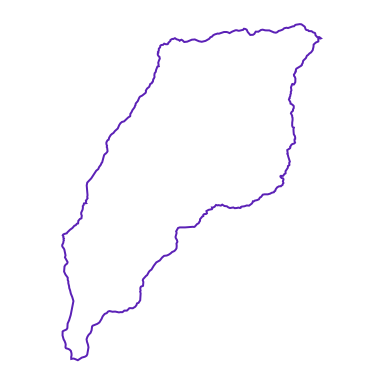 the district of San Pablo, Cajamarca, Peru, rotated 177°
{"feature_id": "86281439B29133878873300", "entity_name": "San Pablo", "entity_type": "district", "adm_level": 2, "iso_a3": "PER", "parent_name": "Peru", "parent_adm1": "Cajamarca", "projection": "mercator", "projection_center": [-78.748, -7.04], "detail": "fine", "context": "isolated", "style": "outline", "palette": "violet", "viewbox_px": 384, "rotation_deg": 177, "n_neighbors": 0, "source": "geoboundaries", "source_scale": "gbopen_adm2", "svg_char_len": 5971}
<svg xmlns="http://www.w3.org/2000/svg" viewBox="0 0 384 384"><g transform="rotate(177 192 192)"><path d="M326.5,43.7L326.2,42.8L325.7,42.4L324.3,42.0L322.6,41.1L321.3,39.7L320.8,37.3L320.8,35.3L321.3,33.5L321.3,31.6L319.5,31.9L318.4,31.7L314.8,30.0L310.7,32.4L307.6,33.1L305.9,34.0L305.1,35.3L303.5,42.3L303.9,45.1L304.7,47.9L305.0,50.5L304.0,52.9L302.7,54.8L300.7,56.6L299.5,59.2L298.8,63.0L298.1,63.7L293.4,65.3L291.3,66.6L289.0,69.9L287.7,72.5L286.2,74.2L285.4,74.9L283.5,75.5L282.2,76.9L281.5,77.2L280.4,77.4L277.7,76.6L274.9,76.6L271.3,75.6L269.3,75.8L268.1,75.6L267.2,76.0L265.8,77.1L263.2,77.0L261.7,78.2L260.9,79.1L260.2,79.3L257.2,79.0L254.7,80.4L253.4,81.9L252.8,83.6L251.2,84.1L249.4,86.6L248.6,93.5L249.0,95.3L248.5,96.1L248.7,97.8L248.5,99.2L248.0,100.1L245.8,100.9L245.3,104.7L245.8,106.5L245.3,107.6L242.3,110.6L241.2,111.3L239.3,114.4L238.3,115.5L236.5,116.7L234.0,120.4L231.3,123.6L227.7,125.4L225.2,128.2L223.2,129.7L220.5,129.9L218.6,130.6L216.6,131.8L215.0,133.1L213.1,133.8L212.2,134.4L210.9,135.8L210.4,136.7L210.1,139.0L210.2,141.4L209.2,143.0L209.5,144.7L210.7,147.1L210.8,148.0L209.6,151.6L209.6,152.7L209.9,153.5L207.8,156.8L206.0,157.3L201.2,157.0L193.1,157.2L191.7,157.0L191.1,157.2L188.6,159.7L187.1,160.4L186.4,161.3L186.2,162.0L185.5,162.7L185.4,164.4L183.0,167.0L182.0,167.3L181.9,168.6L181.0,169.3L179.2,169.3L178.2,169.9L178.6,172.2L176.4,173.3L173.0,173.8L172.6,174.5L172.8,175.4L172.4,175.3L170.3,176.0L168.7,177.8L167.1,177.3L166.2,177.5L163.9,176.9L162.5,177.8L160.3,176.3L157.9,175.9L156.5,174.7L154.9,174.0L151.6,174.4L150.1,173.6L147.8,173.7L146.7,174.0L144.8,173.5L144.2,173.7L144.0,174.4L143.2,174.8L140.4,175.0L138.0,175.7L135.7,175.4L132.9,177.3L132.0,178.5L131.7,179.5L130.8,179.4L129.8,180.1L127.4,180.5L125.6,181.2L124.5,182.9L123.2,183.5L121.5,185.6L119.7,185.9L116.4,185.7L113.9,186.3L112.6,187.0L110.2,187.5L109.9,188.2L108.8,188.8L108.3,190.3L106.7,192.2L104.9,193.1L102.9,193.1L102.7,193.5L101.3,194.2L100.8,195.5L100.2,196.2L100.7,198.0L100.0,199.5L100.0,200.1L100.3,200.8L101.8,201.3L102.8,202.5L102.9,203.1L102.4,203.5L101.0,203.3L100.0,203.5L98.9,205.0L97.6,205.7L97.5,207.9L95.1,211.1L94.8,212.9L93.5,213.6L93.3,213.9L93.4,216.0L92.7,217.2L94.1,222.6L94.2,223.7L94.8,225.1L94.4,225.4L94.7,228.9L91.9,230.5L91.5,231.1L91.7,231.9L90.2,234.0L89.3,234.6L87.4,235.1L86.5,235.9L86.9,237.2L86.9,238.8L86.8,239.3L86.2,239.6L86.1,241.1L86.4,242.6L87.3,244.3L87.4,247.2L87.4,249.5L86.9,250.9L87.4,251.0L88.1,251.7L88.5,252.9L88.3,256.1L87.8,258.6L87.7,260.9L88.0,261.6L88.0,263.0L89.1,265.4L88.5,266.5L86.9,267.9L86.8,269.2L86.0,270.5L85.9,272.3L86.1,272.9L87.6,274.3L89.0,275.1L89.0,276.4L90.4,279.3L90.3,279.7L89.5,280.6L89.7,281.1L88.8,282.8L88.7,284.1L88.1,285.1L88.1,286.9L87.4,288.3L87.7,291.3L86.3,294.5L85.9,294.6L85.0,294.0L84.5,294.1L83.1,296.3L82.8,300.0L83.4,301.8L84.0,302.6L84.1,303.9L83.0,305.3L82.4,306.9L82.0,306.9L81.8,308.9L81.3,309.7L76.3,312.4L75.6,313.1L75.7,313.6L74.8,314.8L74.0,317.4L71.3,319.7L70.1,322.1L68.9,322.8L67.6,324.1L65.8,325.2L64.1,327.2L63.1,330.5L62.8,332.9L60.5,334.8L58.0,335.7L57.9,336.0L57.9,338.5L57.6,338.9L57.1,339.0L55.8,338.5L55.2,338.7L56.7,340.0L58.8,340.1L60.4,342.0L60.7,344.0L61.0,344.4L62.9,345.2L64.1,346.3L66.9,346.6L67.4,347.3L69.4,347.9L70.0,348.6L70.8,351.2L73.9,353.7L75.6,354.0L79.4,353.6L80.1,353.4L81.4,352.2L82.9,352.1L87.5,350.7L89.0,351.1L91.3,350.7L93.0,349.4L95.4,348.6L97.1,348.3L98.4,347.2L99.9,346.7L101.8,347.1L106.3,349.3L110.4,349.6L112.9,350.4L114.6,350.2L117.3,348.6L120.0,348.8L121.5,346.6L122.9,345.8L125.6,345.8L128.0,348.9L128.9,351.2L130.2,352.0L131.4,352.3L131.7,352.3L132.4,351.3L136.2,350.6L137.3,350.6L138.8,351.2L140.2,351.2L143.4,350.1L146.2,348.7L147.9,349.6L149.2,350.0L151.7,350.1L156.8,348.7L158.1,348.9L160.9,348.2L162.5,347.5L164.1,346.0L165.5,345.6L166.8,344.1L170.6,342.2L174.4,341.5L177.2,342.2L181.2,344.2L184.2,344.1L188.9,342.4L191.9,342.2L193.4,343.8L194.5,344.6L195.3,344.4L196.4,343.7L197.2,344.5L199.4,345.3L201.0,346.5L202.7,345.8L203.7,345.9L205.5,345.0L205.8,343.9L207.8,342.3L208.0,341.4L208.7,340.9L210.3,340.9L212.0,341.6L213.2,340.5L215.0,340.4L216.0,339.7L216.3,338.1L217.6,336.9L217.8,334.8L218.7,333.6L218.3,332.8L218.8,332.4L219.0,331.6L218.9,330.6L218.1,329.2L217.4,328.6L217.2,326.8L218.1,325.1L219.0,322.7L218.7,321.3L218.9,320.4L218.6,319.3L220.0,319.0L221.5,315.7L221.9,313.9L223.1,312.5L223.5,310.5L223.4,308.8L224.2,307.2L224.8,306.6L225.3,304.2L226.3,303.5L226.5,302.7L228.0,302.1L229.2,299.3L231.5,297.6L232.8,295.6L232.7,294.5L233.2,293.4L236.7,290.9L238.8,290.0L239.6,289.2L241.4,285.6L243.5,283.4L243.8,282.5L243.9,281.6L244.5,280.9L244.9,279.6L247.1,277.0L248.4,274.6L249.4,273.4L249.8,270.9L251.8,269.8L256.1,266.1L258.3,265.6L259.9,264.4L261.2,262.6L262.8,259.3L265.8,256.9L267.4,255.0L268.7,254.3L270.2,253.1L271.9,250.6L272.5,248.6L273.5,248.2L274.5,246.8L275.0,245.5L274.9,243.9L274.4,242.6L274.8,241.4L274.4,240.4L274.2,237.2L274.7,236.3L276.1,234.9L277.1,234.3L277.9,233.3L280.2,226.2L280.9,225.6L281.6,224.0L283.5,221.7L284.4,219.8L286.5,218.3L291.9,210.9L296.1,206.9L296.8,204.1L296.5,194.2L296.9,192.5L296.6,191.2L298.4,188.9L298.2,188.3L298.7,187.0L298.3,186.4L300.5,186.2L301.0,184.5L301.8,183.6L301.8,181.9L302.2,180.1L303.7,177.2L303.8,175.7L303.3,174.1L303.8,171.5L305.4,170.9L307.0,169.2L307.4,166.6L308.7,166.3L309.9,164.9L311.2,164.5L313.3,162.3L315.9,160.6L318.8,158.0L319.2,157.3L321.7,156.8L322.9,156.2L323.4,155.4L322.7,154.3L322.9,153.1L322.3,152.3L322.8,151.5L322.5,150.3L322.9,149.7L323.2,148.0L324.4,145.8L324.4,144.6L323.7,143.2L323.0,142.4L322.5,141.1L321.6,135.3L322.3,133.4L319.9,128.5L320.4,127.1L322.0,126.0L323.2,124.4L323.9,119.2L322.7,116.2L320.6,113.0L320.7,110.6L320.2,109.3L320.3,107.5L319.7,104.5L319.6,102.5L318.9,100.2L318.3,96.8L317.1,93.4L316.1,89.3L319.6,75.4L321.5,70.2L323.1,67.1L323.6,62.6L324.5,61.3L328.0,59.9L328.5,59.4L328.8,55.6L327.9,51.5L327.1,50.0L326.3,47.6L326.1,46.1L326.5,43.7Z" fill="none" stroke="#5b21b6" stroke-width="2"/></g></svg>